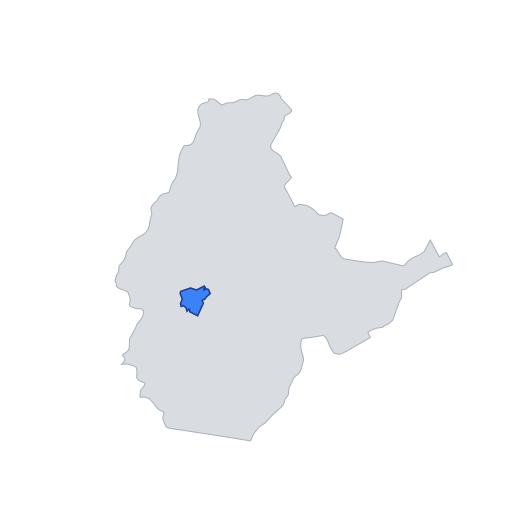 Mvolo, Western Equatoria, South Sudan shown in context, rotated 62°
{"feature_id": "79223893B56262288593012", "entity_name": "Mvolo", "entity_type": "district", "adm_level": 2, "iso_a3": "SSD", "parent_name": "South Sudan", "parent_adm1": "Western Equatoria", "projection": "equal_earth", "projection_center": [30.037, 5.951], "detail": "fine", "context": "in_parent", "style": "filled", "palette": "blue", "viewbox_px": 512, "rotation_deg": 62, "n_neighbors": 0, "source": "geoboundaries", "source_scale": "gbopen_adm2", "svg_char_len": 4109}
<svg xmlns="http://www.w3.org/2000/svg" viewBox="0 0 512 512"><g transform="rotate(62 256 256)"><path d="M379.4,397.2L367.6,413.2L366.7,414.1L365.3,415.4L360.5,415.4L355.6,414.6L351.0,410.5L346.4,413.7L343.5,414.7L341.8,415.1L337.6,415.6L331.9,417.3L329.3,419.4L327.8,421.1L326.7,424.3L326.1,424.6L325.0,424.2L323.5,423.0L320.5,421.2L318.9,417.2L317.5,414.8L316.3,413.5L311.4,417.5L309.0,418.4L307.1,418.3L303.5,416.1L299.6,414.2L297.6,414.2L294.5,416.6L291.1,420.1L289.3,423.6L288.5,425.7L287.3,422.5L286.1,420.5L284.5,419.7L281.2,420.5L280.4,419.4L280.2,416.6L279.7,414.1L278.9,412.2L276.4,410.4L269.8,406.5L264.8,398.9L262.3,395.4L260.4,393.1L257.8,387.1L254.8,382.9L251.2,381.0L248.8,382.0L246.4,386.4L241.7,390.5L239.6,390.7L236.9,388.4L233.5,386.8L227.3,386.1L224.8,388.1L221.4,391.3L218.6,393.2L216.9,393.4L215.2,392.6L213.4,392.2L211.8,392.2L208.5,389.3L206.8,387.1L205.7,385.1L203.8,383.7L201.7,382.5L200.1,380.7L199.3,378.4L198.1,375.5L196.5,372.8L191.5,368.1L190.0,365.3L189.0,362.6L186.9,359.5L184.8,355.5L184.1,349.6L184.0,344.9L183.5,342.7L182.6,340.5L181.5,338.6L179.8,336.5L175.7,333.5L171.5,329.9L169.5,327.9L165.6,327.1L163.3,325.1L161.4,320.7L160.6,317.1L158.7,314.4L157.9,312.4L157.4,310.1L159.0,303.1L156.7,300.6L153.4,297.4L151.1,293.9L149.6,290.6L145.4,286.3L136.1,280.0L130.7,275.9L127.8,272.2L125.2,268.7L125.0,267.2L126.6,263.6L126.9,260.7L125.6,257.4L120.0,251.3L115.6,244.6L112.2,242.5L104.1,240.7L101.8,239.9L99.4,238.6L97.0,235.6L96.2,232.0L97.4,226.3L96.7,224.6L95.3,224.1L95.7,222.9L97.3,220.1L99.8,218.3L106.5,215.5L106.8,214.4L107.0,210.8L107.5,209.1L109.9,204.2L110.2,202.2L110.3,198.0L110.7,196.0L111.3,194.6L113.2,192.1L113.8,190.6L114.1,187.4L114.0,181.0L114.9,178.5L119.1,172.7L120.3,170.2L120.7,167.8L120.7,165.5L120.9,163.2L122.2,160.9L123.3,160.2L126.4,159.5L128.5,160.0L143.2,156.0L145.0,156.6L145.7,158.9L145.7,162.6L145.9,164.5L146.7,165.7L149.0,167.5L150.6,170.5L151.5,171.6L153.9,173.6L164.8,190.7L167.9,192.3L170.9,191.7L176.9,188.2L179.9,187.3L200.8,188.3L203.1,187.8L203.3,187.8L206.4,196.4L207.9,198.4L230.9,198.5L230.4,196.0L230.7,193.3L234.8,188.0L235.4,187.4L238.9,184.9L242.4,183.2L249.0,181.3L251.4,178.2L252.8,175.4L252.8,169.8L253.7,168.9L255.3,167.6L263.0,162.6L264.3,161.6L277.9,173.1L285.5,182.3L285.9,182.7L286.3,182.9L286.7,182.6L287.1,182.2L288.0,181.8L291.3,181.6L297.4,181.2L299.5,180.1L311.8,163.7L315.0,158.5L315.8,157.5L317.5,153.7L319.4,147.4L319.8,146.6L333.3,131.3L333.8,130.1L333.9,129.2L331.9,124.0L331.4,121.4L331.3,117.4L331.7,111.1L331.5,107.2L331.3,106.1L331.3,105.9L323.7,94.6L342.7,94.5L342.8,93.1L342.7,92.7L342.3,91.3L342.1,89.5L342.1,88.5L342.2,87.6L342.3,87.1L342.2,86.6L342.3,86.3L356.0,86.5L355.8,89.7L354.2,97.2L354.2,101.6L353.9,106.8L353.4,108.3L352.7,109.5L352.5,110.1L352.5,110.7L355.4,139.4L355.2,140.6L354.5,142.4L354.3,143.0L354.2,143.4L354.5,143.7L360.9,146.8L361.2,147.0L361.4,147.3L363.7,151.0L376.2,164.6L376.7,165.3L378.0,169.6L378.1,170.2L378.2,171.2L378.1,172.0L377.8,174.6L377.9,175.8L378.2,176.5L378.3,177.4L378.3,177.7L378.2,178.3L376.4,183.3L375.8,186.8L375.6,189.7L375.8,191.5L376.0,192.6L376.1,193.0L376.3,193.2L381.7,193.2L381.7,194.8L382.5,220.7L382.5,223.7L382.3,227.3L381.7,228.8L380.2,230.8L378.3,232.7L373.4,233.2L369.4,233.2L366.5,232.7L362.6,232.6L358.9,233.0L357.5,234.6L352.7,248.4L351.2,251.9L350.8,253.9L351.2,255.1L353.2,256.8L357.4,259.3L362.2,260.7L365.7,261.3L368.2,262.0L370.1,262.8L376.9,269.0L379.1,272.0L380.3,274.6L380.6,277.3L381.6,280.1L387.9,288.8L393.8,292.8L396.1,297.4L398.3,299.7L400.4,302.1L401.5,305.7L404.1,316.1L405.9,321.6L407.7,326.1L408.4,333.3L409.8,336.6L411.3,340.6L413.7,344.1L416.2,346.9L416.7,347.6L391.0,381.6L379.4,397.2Z" fill="#d9dde1" stroke="#a8b0b8" stroke-width="1"/><path d="M273.0,324.7L269.7,324.2L270.2,321.7L268.7,318.6L267.7,314.1L263.2,313.7L261.3,315.6L261.6,317.9L260.5,317.5L260.0,315.6L258.2,315.8L258.1,324.5L253.5,328.8L251.9,339.1L253.1,340.5L259.7,341.4L262.6,345.1L265.5,345.8L265.6,343.7L268.7,342.1L272.3,342.9L271.5,340.8L271.7,339.7L274.0,340.8L281.4,335.6L273.0,324.7Z" fill="#3b82f6" stroke="#1e3a8a" stroke-width="1.5"/></g></svg>